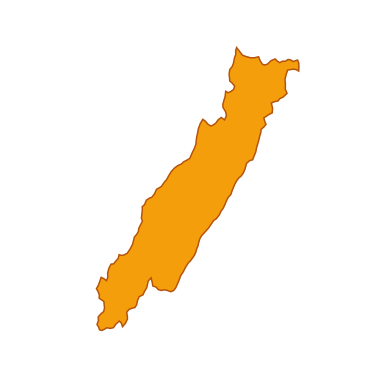 Jiquiriçá, Bahia, Brazil (Equal Earth projection), rotated 24°
{"feature_id": "56859067B22249438969819", "entity_name": "Jiquiriçá", "entity_type": "district", "adm_level": 2, "iso_a3": "BRA", "parent_name": "Brazil", "parent_adm1": "Bahia", "projection": "equal_earth", "projection_center": [-39.586, -13.327], "detail": "fine", "context": "isolated", "style": "filled", "palette": "amber", "viewbox_px": 384, "rotation_deg": 24, "n_neighbors": 0, "source": "geoboundaries", "source_scale": "gbopen_adm2", "svg_char_len": 2809}
<svg xmlns="http://www.w3.org/2000/svg" viewBox="0 0 384 384"><g transform="rotate(24 192 192)"><path d="M240.3,38.1L238.5,33.7L237.2,31.0L234.8,28.5L231.2,31.7L228.9,31.2L225.9,31.8L224.1,34.6L221.5,35.6L219.6,38.1L216.7,37.7L213.8,36.6L210.7,40.0L208.9,44.5L206.9,46.3L204.5,46.7L200.9,44.4L197.8,41.4L194.4,44.0L191.2,45.5L188.6,45.9L186.0,46.3L182.5,46.5L174.0,41.9L174.4,45.1L176.0,48.5L176.3,52.6L177.5,57.5L177.7,60.9L176.7,64.8L178.0,69.4L180.0,72.7L181.3,75.2L184.4,76.2L187.9,77.9L188.3,81.5L186.5,84.5L184.6,86.6L181.8,86.3L183.4,91.2L183.9,95.3L184.5,99.3L186.0,102.3L188.1,103.6L190.1,105.1L192.4,108.3L192.4,112.9L188.4,112.0L186.4,115.8L185.8,119.1L184.5,121.6L182.5,124.1L179.1,123.6L175.4,121.9L172.3,121.2L171.7,126.2L172.1,131.7L173.2,136.3L173.8,139.4L174.8,142.9L176.1,146.7L176.4,150.3L176.2,157.4L176.3,162.2L173.9,165.6L172.1,167.8L170.9,170.9L168.3,173.6L166.2,177.4L164.8,181.5L164.1,186.3L163.8,190.9L162.7,194.3L161.8,199.4L158.5,204.0L158.5,208.9L157.4,213.2L155.5,215.0L153.6,218.1L153.8,222.7L152.5,225.8L153.9,228.5L155.1,232.3L156.3,236.3L158.6,238.9L158.3,243.4L158.2,247.1L159.1,249.9L158.7,253.2L157.7,256.7L158.4,260.7L159.0,263.8L158.7,268.9L157.7,274.4L155.3,277.4L153.1,278.7L150.9,278.9L151.6,282.6L150.4,286.3L149.7,289.5L147.4,290.8L147.1,295.5L147.9,300.4L149.8,304.1L149.9,307.8L146.5,307.0L143.7,306.9L144.1,311.3L144.4,315.9L144.0,319.2L146.6,321.1L149.2,323.7L150.4,326.8L152.9,327.3L156.0,327.8L157.6,330.7L159.3,333.6L159.9,337.2L158.3,340.4L157.1,344.4L158.8,347.4L159.1,351.7L161.8,353.5L163.5,355.5L165.9,355.2L167.8,353.0L169.5,350.6L172.8,349.9L175.4,347.9L176.3,343.4L178.1,339.5L180.6,340.4L183.3,343.3L184.6,339.1L184.7,334.3L183.5,331.8L181.3,328.6L182.1,325.0L184.7,322.4L186.8,320.8L187.3,317.6L186.4,313.4L186.3,309.1L189.0,306.0L189.1,301.2L189.6,298.1L189.0,294.8L188.2,291.3L189.5,287.1L192.4,290.7L194.4,293.8L197.9,293.5L200.9,294.9L204.1,294.4L206.6,292.5L209.5,292.0L213.2,291.7L215.3,289.5L216.1,286.2L216.1,282.1L216.1,278.5L215.7,273.0L216.5,268.3L216.7,263.4L217.5,258.2L218.7,255.1L219.9,249.1L219.9,245.0L219.4,241.7L219.4,238.7L218.6,235.1L218.2,231.4L218.6,227.6L219.8,224.4L220.7,221.5L221.8,218.1L222.4,214.7L223.4,209.3L225.2,206.2L226.3,201.5L226.3,198.1L227.1,194.0L227.2,190.5L227.1,187.4L227.2,182.3L228.5,178.7L228.1,174.4L227.9,167.7L228.3,163.4L229.1,159.9L230.4,157.4L231.1,154.1L231.1,149.5L230.2,143.7L231.9,139.9L234.3,137.9L234.1,134.2L234.0,129.7L233.0,125.2L232.3,120.1L231.8,116.5L231.1,113.1L230.7,109.9L229.7,106.7L231.2,103.4L232.1,100.1L229.8,98.0L227.5,95.1L230.5,90.3L233.1,87.0L231.6,82.8L228.3,78.5L230.6,75.9L233.5,73.9L234.3,70.9L236.6,68.3L238.7,63.2L235.5,60.2L232.9,54.3L231.2,51.6L230.2,46.3L229.8,41.7L234.5,38.6L237.4,37.8L240.3,38.1Z" fill="#f59e0b" stroke="#b45309" stroke-width="1.5"/></g></svg>